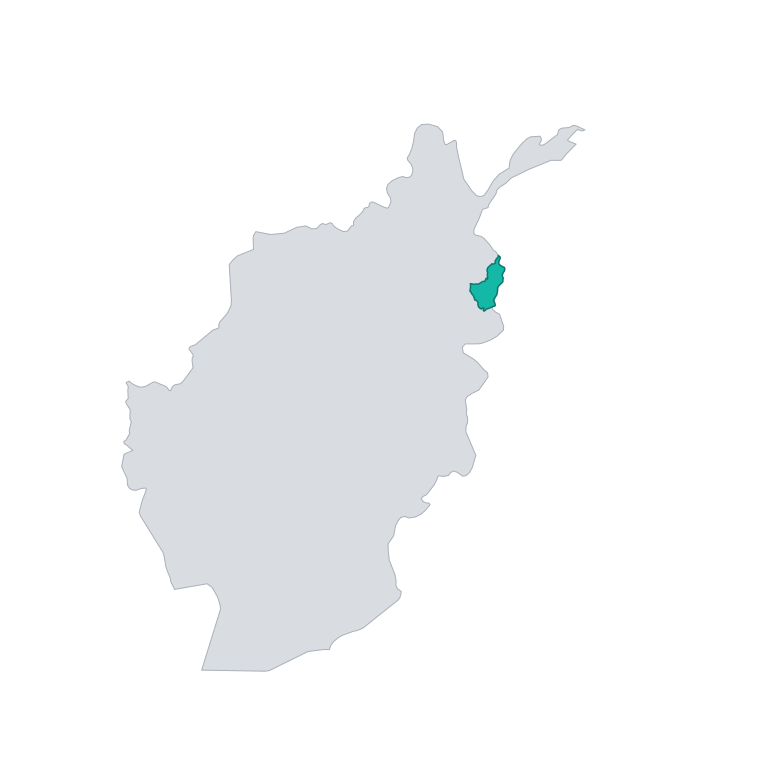 Afghanistan, with Kunar highlighted, rotated 340°
{"feature_id": "AFG-1762", "entity_name": "Kunar", "entity_type": "Province", "adm_level": 1, "iso_a3": "AFG", "parent_name": "Afghanistan", "parent_adm1": "", "projection": "equal_earth", "projection_center": [71.083, 34.998], "detail": "fine", "context": "in_parent", "style": "filled", "palette": "teal", "viewbox_px": 768, "rotation_deg": 340, "n_neighbors": 0, "source": "natural_earth", "source_scale": "10m", "svg_char_len": 5573}
<svg xmlns="http://www.w3.org/2000/svg" viewBox="0 0 768 768"><g transform="rotate(340 384 384)"><path d="M342.1,208.2L355.5,206.9L364.6,208.7L369.3,213.6L373.9,214.9L378.6,212.5L381.4,212.1L382.5,213.6L384.8,214.3L388.3,214.0L390.3,215.4L390.7,218.4L393.3,222.2L397.9,226.8L402.0,227.9L407.5,224.3L409.3,224.7L410.2,223.6L410.8,221.0L414.2,218.5L420.2,216.2L423.6,214.2L424.9,212.5L426.9,212.0L429.1,212.5L430.7,211.9L431.9,209.6L434.1,208.7L435.9,209.2L444.1,217.5L447.3,220.0L448.8,219.5L453.0,215.0L453.6,210.9L452.5,205.5L453.3,201.1L456.0,197.8L461.1,195.8L468.4,195.0L472.9,195.5L474.6,197.2L476.8,198.1L479.6,198.3L482.2,196.4L484.6,192.3L484.8,187.3L482.7,181.3L483.3,179.4L487.0,176.4L490.9,171.9L494.7,166.2L498.4,159.1L502.9,154.8L508.3,153.1L514.8,155.0L522.4,160.5L525.3,167.2L523.4,175.3L523.3,179.7L524.8,180.5L533.5,179.0L534.7,180.1L534.6,182.4L533.3,185.8L531.8,195.4L529.1,219.0L532.8,233.1L535.4,238.7L538.0,240.5L540.5,241.2L543.1,240.6L548.4,237.0L556.4,230.3L564.1,226.2L575.4,223.9L579.1,216.8L584.3,212.0L596.1,205.0L602.6,202.3L606.3,201.9L615.3,204.5L615.8,206.6L615.2,209.0L612.7,210.9L611.9,212.3L612.9,213.4L616.5,213.8L632.2,209.0L635.6,204.7L639.0,204.5L645.6,206.3L650.7,205.7L653.4,207.6L659.6,213.8L657.6,214.2L654.9,213.0L653.3,210.9L647.0,213.6L640.0,217.5L640.2,218.5L646.5,224.3L633.5,230.5L627.7,234.1L626.3,234.2L617.4,230.9L592.8,231.9L574.1,233.9L566.9,237.1L560.1,238.6L556.5,240.3L554.2,243.7L543.9,251.1L542.0,253.8L536.3,253.6L530.3,260.7L521.6,269.3L519.8,273.3L521.1,275.4L525.8,278.6L527.9,281.5L531.2,289.8L532.5,295.7L534.5,298.3L535.6,305.3L533.5,309.3L533.6,311.3L536.4,316.7L535.7,318.3L533.6,320.8L530.1,327.6L524.0,332.6L521.4,337.1L517.1,342.0L515.2,346.2L513.4,348.5L511.4,349.7L511.9,352.0L513.6,354.8L516.4,357.9L516.2,370.6L514.7,374.2L506.9,377.6L499.4,379.1L490.3,379.2L486.8,378.7L474.1,374.1L470.1,376.3L469.2,381.9L476.5,391.0L479.4,396.1L482.7,404.5L485.1,408.9L484.2,413.0L471.1,422.1L462.7,423.0L457.5,424.5L454.9,426.8L453.0,436.4L451.1,439.9L451.1,444.1L449.3,448.9L446.6,451.9L444.6,456.9L445.9,482.5L438.3,492.8L434.0,496.5L429.9,498.2L426.5,497.6L422.3,491.7L419.4,489.5L416.4,489.9L413.4,492.0L408.6,491.3L404.5,489.2L402.5,489.5L401.3,491.5L396.8,495.9L386.0,502.6L381.6,503.1L379.7,504.8L380.4,507.5L382.3,509.8L385.6,511.4L385.8,513.2L380.2,516.6L374.6,518.9L368.1,519.7L361.5,518.4L358.1,515.5L354.1,515.2L350.4,517.4L346.5,521.0L341.1,530.0L333.2,535.6L331.2,541.3L328.7,551.4L329.1,566.4L328.1,573.0L326.3,577.4L326.6,580.8L329.2,584.8L328.1,587.3L325.8,590.1L323.7,591.7L281.0,606.1L274.1,606.5L270.5,605.9L258.5,605.9L253.5,606.9L248.4,608.9L244.7,611.3L241.7,614.9L236.8,612.9L221.0,609.4L178.1,614.1L174.0,613.2L114.8,590.5L153.3,539.8L154.4,535.6L154.8,527.3L152.9,516.2L149.4,511.2L116.9,505.4L116.1,496.8L116.8,493.0L116.4,485.6L116.7,480.0L118.5,470.6L118.7,466.4L110.0,424.8L110.1,420.8L116.6,411.3L124.6,402.0L124.3,400.2L120.4,399.2L114.6,399.1L111.6,397.7L109.2,395.1L108.4,391.4L110.3,384.8L109.2,371.9L115.7,361.1L125.2,360.4L120.7,352.5L119.7,351.7L119.4,350.3L119.9,349.0L122.3,348.5L128.2,343.5L128.6,340.6L133.6,333.2L133.3,329.9L136.7,321.2L135.3,315.3L135.2,312.1L138.7,310.1L141.2,302.0L142.5,299.9L142.7,297.9L142.1,294.6L145.3,294.1L148.0,298.3L152.5,302.8L155.4,304.1L159.1,304.7L167.5,303.3L169.2,303.5L177.7,311.2L179.1,313.3L179.7,316.3L181.1,317.3L184.2,314.2L187.1,313.2L192.7,314.1L195.7,313.0L210.1,303.4L211.4,297.2L212.8,293.7L214.8,291.7L212.7,284.6L213.6,283.2L215.5,282.6L220.1,282.6L241.7,274.8L247.3,274.9L248.5,274.2L248.9,272.1L250.5,269.8L260.8,264.1L266.8,258.4L269.0,254.0L279.4,218.8L284.6,215.7L289.9,213.5L307.4,212.9L310.9,202.1L312.6,199.5L315.7,197.0L328.5,204.7L342.1,208.2Z" fill="#d9dde1" stroke="#a8b0b8" stroke-width="1"/><path d="M529.8,329.1L525.2,331.1L523.8,332.2L523.1,333.8L522.5,335.5L520.5,338.7L520.0,339.2L518.5,340.1L515.8,342.5L515.4,343.1L515.4,343.9L515.7,345.0L515.8,346.0L515.7,347.3L515.3,348.3L514.6,348.7L513.0,348.4L512.2,348.4L512.1,348.5L507.4,348.8L506.0,348.6L503.9,349.6L502.9,349.7L502.5,348.5L502.6,348.2L502.9,347.9L503.4,347.6L503.6,347.4L503.7,347.2L503.8,347.0L503.6,346.8L503.3,346.6L502.5,346.4L502.0,346.3L501.7,346.4L501.3,346.6L501.1,346.7L500.9,346.5L500.6,346.4L499.5,344.7L499.3,343.7L499.2,342.9L499.4,341.7L499.6,341.0L499.9,340.4L500.0,339.9L500.0,339.2L500.0,338.9L500.0,338.6L499.8,338.0L499.7,337.6L499.1,336.7L498.0,336.0L498.2,334.4L498.2,332.4L498.1,331.5L497.9,330.6L497.4,329.6L497.2,329.0L497.2,328.5L497.2,328.0L497.1,327.5L497.0,326.9L496.5,326.2L498.3,322.8L498.6,322.1L499.5,319.3L500.8,319.9L501.9,320.7L502.6,321.1L503.3,321.3L505.0,321.6L507.1,322.4L507.5,322.4L508.0,322.4L508.5,322.1L508.9,322.0L511.5,321.5L512.1,321.5L512.6,321.6L512.9,321.7L514.1,322.1L515.6,320.1L516.0,319.8L516.3,319.6L516.5,319.8L516.7,320.0L517.0,320.7L517.4,320.4L517.6,320.0L517.9,319.0L518.3,317.2L518.5,316.6L518.7,316.2L519.5,315.1L519.5,313.3L519.7,312.5L520.2,311.6L520.7,310.7L521.7,310.0L526.2,308.1L526.7,308.0L527.3,308.6L528.0,308.7L529.6,308.6L530.0,308.3L530.3,306.9L530.5,306.5L530.6,306.3L531.5,305.9L531.8,305.5L532.1,305.0L532.4,304.8L533.2,304.5L533.6,304.3L534.5,303.7L534.8,303.3L535.1,303.0L535.4,302.5L535.6,302.9L536.1,303.5L536.5,304.2L536.4,305.2L536.0,305.9L534.2,307.7L533.0,309.3L533.0,310.7L533.6,312.0L535.8,314.6L536.9,315.6L537.1,316.3L536.8,317.3L535.8,318.9L533.2,320.9L532.2,322.3L532.1,324.5L532.3,325.0L532.3,325.5L532.0,325.9L531.6,326.2L531.3,326.7L531.0,327.9L530.7,328.5L530.3,328.8L529.8,329.1Z" fill="#14b8a6" stroke="#0f766e" stroke-width="1.5"/></g></svg>